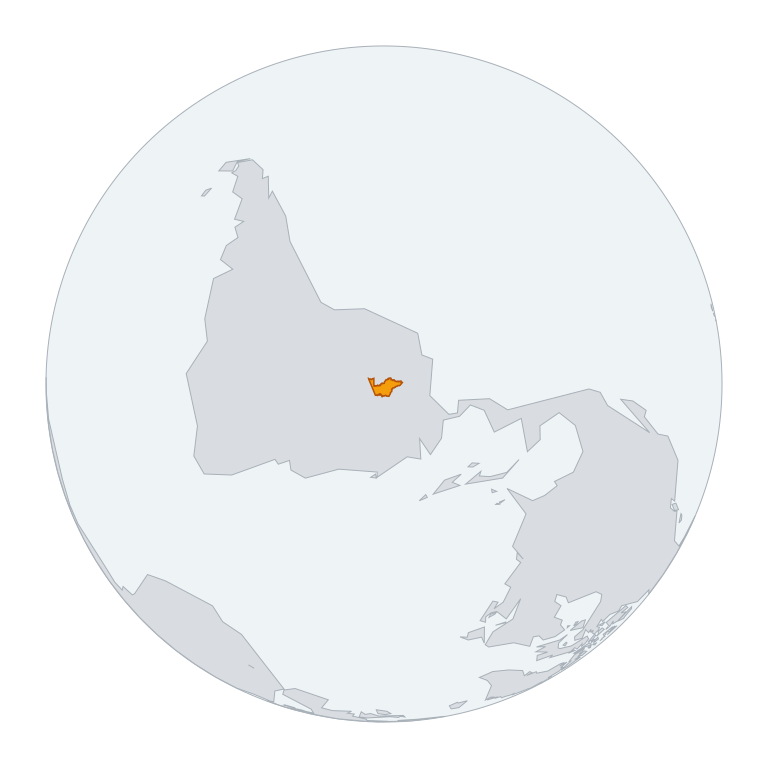 Amazonas on an orthographic globe, rotated 147°
{"feature_id": "COL-1283", "entity_name": "Amazonas", "entity_type": "Commissiary", "adm_level": 1, "iso_a3": "COL", "parent_name": "Colombia", "parent_adm1": "", "projection": "orthographic", "projection_center": [-71.672, -2.052], "detail": "fine", "context": "on_globe", "style": "filled", "palette": "amber", "viewbox_px": 768, "rotation_deg": 147, "n_neighbors": 0, "source": "natural_earth", "source_scale": "10m", "svg_char_len": 11153}
<svg xmlns="http://www.w3.org/2000/svg" viewBox="0 0 768 768"><g transform="rotate(147 384 384)"><circle cx="384" cy="384" r="338" fill="#eef3f6" stroke="#a8b0b8"/><path d="M201.6,99.5L203.2,98.5L210.1,94.3L209.6,94.5L231.1,82.7L253.3,72.4L276.3,63.7L273.9,67.1L289.9,63.5L305.4,68.6L310.8,65.9L320.2,67.7L329.9,65.7L330.0,68.2L337.7,64.6L335.7,62.7L338.4,60.8L344.0,59.8L345.1,62.4L342.5,63.3L345.7,63.7L343.9,65.6L347.9,64.1L348.6,68.2L356.2,62.9L363.6,65.1L361.8,68.2L351.3,69.5L320.9,83.5L315.9,88.9L319.3,94.3L348.5,100.1L347.3,106.2L353.7,113.3L359.2,108.6L356.3,101.6L368.2,95.6L363.1,88.9L367.2,85.9L366.4,79.4L378.1,79.0L389.9,82.6L391.2,88.4L396.5,90.6L404.6,84.6L416.1,96.3L439.4,106.4L441.1,110.2L427.6,116.8L403.9,116.7L386.3,129.5L409.4,120.4L413.3,131.8L418.9,133.8L425.5,133.3L428.6,128.9L432.3,133.2L410.9,142.6L407.2,138.9L414.0,135.6L402.8,136.1L388.4,144.5L391.5,150.6L366.5,159.9L368.4,164.8L364.0,170.1L362.6,161.4L364.6,177.8L335.6,197.7L337.7,229.4L322.9,205.2L309.9,203.0L294.1,204.4L294.1,209.4L273.2,206.9L253.9,219.0L246.1,245.0L252.7,264.6L276.0,264.0L283.3,252.3L300.6,249.1L287.6,280.4L317.7,283.6L314.3,307.4L323.0,319.4L338.2,315.8L353.9,321.4L365.3,307.2L383.5,299.5L383.9,318.8L394.0,301.0L404.2,310.3L440.5,309.5L437.7,313.9L468.3,337.2L501.2,347.9L508.9,362.5L504.9,371.4L516.3,374.3L516.5,380.2L561.3,390.6L583.8,406.5L582.7,427.2L563.3,450.4L544.2,500.5L508.8,516.1L498.8,536.3L469.5,565.3L448.3,562.6L453.4,577.4L440.8,586.0L426.7,586.4L423.6,596.7L413.1,596.8L419.6,603.6L402.1,616.6L406.3,627.5L393.5,637.8L396.7,644.0L392.0,643.8L386.9,646.0L386.3,649.5L372.2,643.7L368.7,629.6L374.1,622.5L367.9,621.3L379.4,602.7L372.6,606.5L375.0,578.3L385.2,554.8L392.4,486.8L385.2,473.2L359.3,457.7L328.1,408.2L336.4,387.7L329.6,378.3L351.9,349.3L346.1,323.2L338.2,319.7L330.3,329.7L303.5,314.2L294.4,295.0L214.8,268.2L207.2,259.3L208.2,244.1L187.7,198.5L193.8,242.3L184.6,234.3L178.5,219.1L183.5,214.7L181.5,192.8L174.3,185.7L179.0,159.9L204.0,127.5L205.4,131.4L211.3,124.2L209.9,119.2L207.5,117.9L225.8,94.3L224.9,87.5L213.4,93.0L224.7,86.7L195.3,103.7L195.1,103.8L201.6,99.5ZM66.1,273.3L68.6,265.9L67.8,269.9L66.1,273.3ZM69.8,261.9L69.0,264.3L69.6,262.4L69.8,261.9ZM69.9,260.9L69.8,261.6L69.6,261.6L69.9,260.9ZM69.8,260.6L70.0,260.4L69.8,260.7L69.8,260.6ZM335.7,240.5L370.1,255.6L350.3,258.0L354.1,254.9L345.4,248.5L329.2,243.0L311.9,247.1L335.7,240.5ZM70.7,257.7L71.0,256.8L71.4,255.9L70.7,257.7ZM351.6,222.1L345.6,221.1L351.6,220.8L351.6,222.1ZM205.4,118.2L209.2,119.7L208.0,126.1L204.1,125.1L205.4,118.2ZM208.7,107.9L212.3,106.8L205.5,113.5L205.5,112.0L208.7,107.9ZM203.6,98.5L205.4,97.8L201.4,100.0L203.6,98.5ZM360.0,80.2L363.1,79.8L361.7,81.2L360.0,80.2ZM356.7,77.9L352.8,79.8L350.6,79.1L353.1,77.9L356.7,77.9ZM362.1,75.9L347.3,77.6L343.6,76.5L349.9,71.3L362.1,75.9ZM332.7,62.7L335.0,64.6L328.0,64.1L332.7,62.7ZM327.5,63.0L301.8,66.4L301.2,63.8L309.9,62.9L304.9,61.1L317.2,58.0L322.7,58.3L320.7,60.4L326.9,57.8L327.5,63.0ZM339.0,60.0L333.9,60.6L332.9,58.3L343.0,56.7L340.1,57.9L339.0,60.0ZM297.6,62.4L298.6,60.9L308.9,57.8L310.7,56.9L317.4,57.8L297.6,62.4ZM343.1,57.9L348.2,56.1L353.7,56.4L343.9,59.3L343.1,57.9ZM328.4,58.5L328.5,57.5L331.7,57.4L328.4,58.5ZM376.0,57.8L369.9,57.9L368.9,56.5L376.0,57.8ZM349.7,55.5L347.7,55.4L346.7,55.1L351.0,54.1L349.7,55.5ZM324.2,55.9L328.2,55.2L322.0,55.3L329.4,53.6L332.5,54.7L334.3,53.5L336.6,53.0L336.6,54.6L324.2,55.9ZM352.2,52.3L358.7,54.0L370.3,53.8L371.5,54.8L352.7,55.1L352.2,52.3ZM343.0,53.4L349.0,52.8L347.5,54.0L342.5,55.2L343.0,53.4ZM333.3,52.3L321.1,54.6L320.8,54.3L333.3,52.3ZM355.8,51.9L354.2,51.6L356.8,51.7L355.8,51.9ZM340.6,51.7L336.3,52.4L336.1,52.1L340.6,51.7ZM354.4,50.6L356.5,51.0L353.2,51.6L354.4,50.6ZM348.3,50.9L349.1,50.3L350.8,51.6L346.4,51.2L348.3,50.9ZM341.1,51.3L339.6,51.3L342.9,51.1L341.1,51.3ZM365.8,48.5L368.7,50.0L361.4,51.1L359.6,49.4L365.8,48.5ZM395.7,655.9L373.3,645.8L386.0,650.4L394.9,645.1L406.5,652.7L395.7,655.9ZM421.9,642.2L432.2,639.4L434.6,641.2L428.0,643.6L421.9,642.2ZM627.6,149.8L618.9,141.4L625.5,148.2L636.7,159.6L644.0,168.1L650.1,175.8L642.3,166.2L622.3,146.4L622.2,151.0L637.9,178.9L634.5,181.8L624.4,177.0L602.7,149.5L612.7,146.4L605.2,138.2L589.5,127.2L593.9,127.8L588.7,123.4L591.2,122.6L581.2,112.3L581.7,111.2L564.8,99.3L562.8,97.6L573.4,104.8L580.9,109.8L580.9,109.4L605.2,128.5L627.6,149.8ZM572.9,103.8L575.2,105.5L554.0,92.3L555.8,94.4L538.5,84.6L513.7,72.0L544.1,86.4L572.9,103.8ZM663.6,573.7L671.6,561.2L684.4,537.2L705.5,479.5L713.4,453.5L716.8,433.2L717.2,388.5L717.7,364.1L715.8,353.8L713.1,356.3L709.9,344.2L707.5,343.9L686.1,353.0L674.4,337.7L648.6,291.3L648.8,272.5L639.9,251.6L634.0,182.6L642.7,186.0L649.5,177.6L652.1,180.0L662.1,194.8L673.1,209.1L684.9,230.1L695.0,251.9L703.7,274.4L710.7,297.5L716.0,320.9L719.6,344.7L721.6,368.7L721.8,392.8L720.3,416.8L717.1,440.7L712.2,464.3L705.7,487.5L697.5,510.1L687.7,532.1L676.4,553.4L663.6,573.7ZM647.7,216.3L650.7,222.3L647.7,216.3ZM441.6,309.2L446.0,313.0L440.2,313.1L441.6,309.2ZM347.5,265.7L354.8,266.0L358.6,268.8L353.0,269.8L347.5,265.7ZM409.5,265.3L418.0,266.9L409.2,268.5L409.5,265.3ZM375.6,257.6L402.7,264.8L385.5,270.4L368.4,266.3L380.3,264.4L375.6,257.6ZM348.0,232.6L352.5,233.9L351.1,237.2L348.0,232.6ZM355.9,222.1L354.1,222.4L351.9,219.8L355.9,222.1ZM414.5,131.2L416.4,130.6L423.1,131.1L419.9,132.9L414.5,131.2ZM452.7,123.4L458.0,130.5L452.1,126.3L448.7,129.5L432.1,125.5L441.1,112.0L440.0,118.5L452.7,123.4ZM412.4,117.7L421.9,120.9L411.1,118.0L412.4,117.7ZM557.8,103.9L563.0,106.0L568.6,110.8L567.9,115.0L559.8,107.9L557.8,103.9ZM569.2,108.3L548.3,95.5L547.8,93.4L551.6,96.5L553.4,96.4L560.0,101.6L580.0,113.1L586.2,118.3L581.6,121.5L579.7,117.2L574.7,114.9L569.2,108.3ZM495.7,76.1L486.6,73.0L497.4,71.8L504.6,74.9L504.5,78.5L495.8,77.1L495.7,76.1ZM376.0,67.5L371.8,68.2L371.5,67.2L374.8,65.8L376.0,67.5ZM373.3,57.9L393.8,64.1L390.1,64.9L406.6,68.8L403.3,72.9L392.7,70.0L402.5,76.7L391.5,75.8L399.3,80.4L376.0,73.6L366.6,73.9L378.4,71.8L381.8,67.8L380.4,66.2L369.5,62.3L350.9,62.0L351.2,58.9L356.4,56.9L361.0,56.4L359.3,58.3L366.5,56.5L367.6,59.0L373.3,57.9ZM417.2,48.0L413.3,48.2L428.1,49.3L429.2,50.0L430.8,50.1L435.9,51.3L444.9,53.3L443.9,53.7L447.8,54.4L451.3,55.6L456.4,56.9L456.3,58.2L462.5,60.1L458.9,59.7L469.6,62.8L461.6,61.2L465.3,63.3L471.1,63.7L458.1,72.5L458.8,79.1L463.8,85.9L449.4,83.6L435.4,76.4L423.8,68.2L425.2,62.9L418.4,63.4L417.0,61.2L423.0,61.8L413.0,59.8L413.5,58.3L403.1,54.1L388.5,53.3L384.4,52.2L390.3,51.8L382.0,51.1L390.5,49.9L387.7,49.2L393.2,47.9L406.4,48.3L402.3,47.7L406.3,47.3L417.2,48.0ZM367.8,48.1L383.2,47.2L391.4,47.6L378.3,49.9L379.6,50.6L371.5,53.2L359.8,53.0L363.2,52.1L363.8,51.4L367.2,51.7L364.9,50.9L369.5,49.9L368.9,49.2L374.1,49.0L367.8,48.1ZM648.5,174.5L649.3,175.2L649.1,174.6L654.8,182.0L648.5,174.5ZM635.2,161.1L635.0,160.1L643.0,169.3L642.1,169.1L635.2,161.1ZM628.1,152.3L634.4,159.3L630.5,155.4L628.1,152.3ZM572.4,103.9L571.4,103.0L573.9,104.7L577.6,107.3L572.4,103.9Z" fill="#d9dde1" stroke="#a8b0b8" stroke-width="1"/><path d="M397.3,379.2L397.3,379.5L397.2,380.0L397.2,380.3L397.1,380.7L397.1,380.8L397.0,381.1L394.1,396.7L394.0,396.9L393.9,396.6L393.7,396.3L393.5,396.1L392.9,395.8L392.7,395.7L392.6,395.3L392.6,395.1L392.4,394.8L392.2,394.6L391.8,394.4L391.6,394.4L391.5,394.5L391.3,394.7L391.1,394.8L390.9,394.8L390.6,394.7L389.8,394.2L389.5,394.2L393.5,387.9L393.4,387.8L393.3,387.4L393.2,387.4L393.1,387.5L392.9,387.6L392.9,387.4L392.6,387.4L392.4,387.3L392.3,387.0L392.2,386.9L391.9,387.0L391.7,387.0L391.6,386.9L391.8,386.8L391.8,386.6L391.7,386.6L391.3,386.6L391.2,386.6L391.1,386.4L390.9,386.3L390.7,386.3L390.6,386.2L390.4,386.1L390.3,386.3L390.0,386.4L390.0,386.1L389.9,386.0L389.7,385.9L389.7,385.7L389.4,385.6L389.2,385.5L389.0,385.4L388.7,385.1L388.5,384.9L388.4,385.0L388.0,384.9L387.8,384.9L387.8,385.1L387.8,385.3L387.6,385.2L387.3,385.2L387.1,385.2L387.0,385.5L386.8,385.6L386.7,385.7L386.3,385.7L386.1,385.7L385.7,385.9L385.4,385.8L385.4,385.7L385.5,385.7L385.4,385.4L385.3,385.2L385.2,385.2L385.1,385.3L385.1,385.5L384.9,385.5L384.9,385.4L384.9,385.2L384.4,384.9L384.1,384.7L383.8,384.8L383.6,384.8L383.6,384.7L383.4,384.5L383.1,384.8L382.8,385.1L382.5,385.4L382.4,385.5L381.9,385.6L381.7,385.6L381.4,385.8L381.1,386.1L380.6,386.0L380.4,386.1L380.4,386.3L380.0,386.3L379.8,386.4L379.7,386.3L379.5,386.2L378.9,386.0L378.7,386.0L378.5,385.7L378.4,385.7L378.2,385.8L378.0,386.1L377.9,386.2L377.7,385.9L377.6,386.1L377.4,386.0L377.3,385.9L377.0,386.1L376.9,386.1L376.6,386.2L376.4,385.8L376.2,385.7L375.8,385.5L375.7,385.7L375.3,385.5L375.2,385.4L375.2,385.2L375.0,384.9L375.3,384.5L375.3,384.4L375.5,384.1L375.4,384.1L375.3,383.7L375.2,383.5L375.2,383.4L375.2,383.1L375.1,382.8L375.0,382.7L374.9,382.4L374.7,382.2L374.6,382.3L374.4,382.3L374.2,382.5L373.9,382.3L373.6,382.3L373.5,382.2L373.2,381.9L373.1,381.5L373.1,381.4L373.3,381.2L373.3,380.8L373.2,380.6L373.0,380.4L372.8,380.3L372.7,380.2L372.9,380.0L372.7,379.9L372.7,379.7L372.4,379.3L372.2,379.2L371.9,379.1L371.7,378.9L371.5,379.1L371.4,379.1L371.1,379.0L371.0,378.9L370.9,378.8L370.7,378.5L370.6,378.4L370.5,378.5L370.4,378.4L370.4,378.2L370.3,378.3L370.2,378.3L369.9,377.8L369.7,377.9L369.2,377.8L368.9,377.7L368.7,377.6L368.5,377.2L368.4,377.1L368.2,377.0L368.3,376.9L368.5,376.9L368.4,376.6L368.5,376.5L368.4,376.5L368.2,376.5L368.0,376.3L368.0,376.2L368.1,375.9L367.8,375.2L371.1,374.2L371.5,374.3L371.9,374.2L372.0,374.2L372.2,374.3L372.3,374.4L372.4,374.5L372.5,374.6L372.8,374.9L372.9,375.0L373.3,375.0L373.6,375.0L373.9,375.0L374.0,375.0L374.2,374.9L374.3,374.9L374.5,375.1L374.7,375.3L375.0,375.5L375.4,375.4L375.6,375.4L375.8,375.3L376.2,375.0L376.8,375.5L377.3,375.4L377.5,375.2L377.8,375.3L378.4,375.8L378.6,375.9L378.8,375.9L379.0,375.7L379.2,375.4L379.4,375.2L379.6,375.2L379.8,375.3L379.9,375.5L380.2,375.6L380.4,375.6L380.6,375.4L380.7,375.2L380.7,374.8L380.7,374.7L380.8,374.5L381.0,374.2L381.2,373.9L381.3,373.8L381.6,373.7L381.8,373.4L382.0,373.4L383.0,373.4L383.4,373.2L383.5,373.1L383.6,372.9L383.7,372.7L383.9,372.4L384.3,372.2L385.4,371.7L385.7,371.5L386.1,371.1L386.4,371.3L386.5,371.3L386.8,371.2L387.0,371.3L387.1,371.6L387.7,371.9L387.8,371.9L388.0,371.9L388.1,372.0L388.3,372.2L388.4,372.4L388.4,372.5L388.3,372.8L388.5,373.0L388.7,373.4L388.9,373.8L389.1,373.8L389.3,373.8L389.4,373.6L389.5,373.6L389.9,373.8L390.0,373.8L390.3,373.8L390.4,374.0L390.5,374.0L390.8,374.0L391.0,374.1L391.2,374.3L391.2,374.6L391.5,374.6L391.8,374.7L392.0,374.4L392.3,374.3L392.6,374.4L392.6,374.5L392.2,374.9L392.1,375.1L392.3,375.2L392.4,375.3L392.4,375.8L392.5,376.1L392.3,376.3L392.2,376.3L392.3,376.6L392.5,376.7L392.6,376.9L392.5,377.1L392.3,377.2L392.2,377.3L392.2,377.5L392.3,377.6L392.5,377.7L392.8,377.5L392.7,377.9L393.0,378.2L393.2,378.3L393.3,378.2L393.4,377.9L393.2,377.8L393.1,377.7L393.3,377.5L393.4,377.4L393.6,377.5L393.7,377.4L393.8,377.4L394.0,377.4L394.3,377.3L394.5,377.4L394.4,377.4L394.4,377.5L394.3,377.8L394.2,378.0L394.3,378.1L394.7,378.0L394.8,378.0L395.1,378.1L395.3,378.0L395.3,377.9L395.5,377.8L395.9,378.0L396.0,378.2L395.9,378.5L395.9,378.8L396.0,378.8L396.3,378.6L396.8,378.8L397.0,378.9L397.1,379.0L397.3,379.2Z" fill="#f59e0b" stroke="#b45309" stroke-width="1.5"/></g></svg>